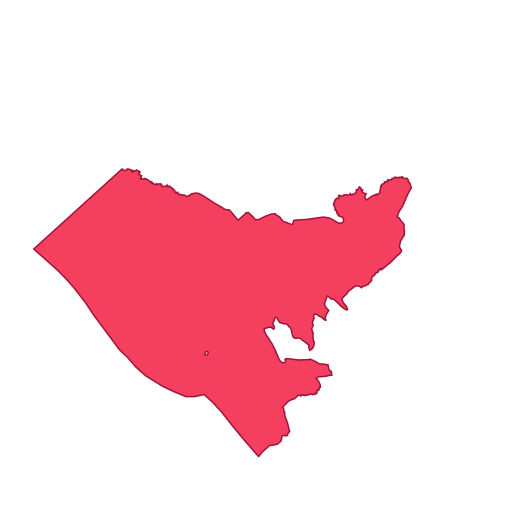 outline of Fizi, Sud-Kivu, Democratic Republic of the Congo, rotated 138°
{"feature_id": "63176286B21708239892428", "entity_name": "Fizi", "entity_type": "district", "adm_level": 2, "iso_a3": "COD", "parent_name": "Democratic Republic of the Congo", "parent_adm1": "Sud-Kivu", "projection": "albers", "projection_center": [28.45, -4.276], "detail": "fine", "context": "isolated", "style": "filled", "palette": "rose", "viewbox_px": 512, "rotation_deg": 138, "n_neighbors": 0, "source": "geoboundaries", "source_scale": "gbopen_adm2", "svg_char_len": 6151}
<svg xmlns="http://www.w3.org/2000/svg" viewBox="0 0 512 512"><g transform="rotate(138 256 256)"><path d="M388.1,105.2L382.5,106.1L372.3,106.1L371.3,105.0L366.3,101.9L361.1,101.7L357.6,104.5L356.2,104.7L355.0,103.6L354.2,102.3L353.4,101.8L352.3,101.9L350.4,103.0L348.5,103.0L344.4,110.7L341.5,118.0L339.0,121.1L338.8,122.6L337.5,124.2L337.3,125.8L335.0,126.0L330.0,126.3L327.5,126.1L322.6,124.1L318.0,124.4L315.9,121.8L315.2,122.5L313.8,121.2L313.8,120.5L312.8,119.3L312.3,119.1L311.8,119.5L311.1,118.4L309.8,117.9L309.4,117.3L308.4,117.3L307.3,116.6L306.8,115.2L305.2,114.4L305.1,113.8L304.7,113.7L303.9,114.1L303.2,113.5L302.8,113.6L302.7,113.3L301.2,114.6L300.9,115.4L300.4,115.3L300.0,114.8L299.2,114.8L299.2,114.4L298.3,114.6L296.8,116.0L296.0,115.3L294.5,117.3L293.7,119.8L293.2,122.1L293.4,124.8L290.8,124.5L289.8,124.0L286.4,121.2L283.6,119.3L281.2,118.1L279.4,116.7L277.3,119.7L278.0,122.5L275.3,126.9L277.9,130.2L281.1,133.5L282.5,138.0L284.7,143.0L286.9,144.3L294.1,150.4L299.8,157.0L302.6,159.8L304.0,159.5L304.4,157.8L306.0,157.5L306.9,158.1L308.2,160.3L308.2,163.1L304.4,174.0L302.9,179.8L301.0,191.6L299.7,195.1L298.6,196.5L293.3,194.0L292.4,192.5L292.0,189.9L290.7,190.0L289.3,192.2L289.1,194.0L287.8,195.2L285.5,195.9L282.7,197.5L281.6,195.6L282.3,194.3L282.9,191.1L282.3,189.5L278.7,184.5L278.5,183.2L279.0,181.8L278.4,180.8L278.8,177.8L279.9,176.6L282.4,171.8L282.5,169.6L281.5,168.3L278.4,165.8L276.3,154.4L277.9,152.8L279.2,150.1L277.3,149.4L275.5,149.6L272.5,150.9L271.6,152.1L270.5,152.7L270.0,154.6L268.4,157.1L264.9,160.8L263.8,164.0L262.6,165.1L260.1,166.0L258.6,168.7L256.6,170.0L254.5,170.8L253.3,172.9L252.0,173.7L251.0,173.1L249.8,171.7L249.5,169.0L248.3,166.9L247.8,162.4L246.9,161.6L246.3,163.4L242.9,165.6L238.4,166.8L238.4,171.3L237.2,174.6L229.8,178.7L229.3,177.4L228.8,173.5L227.4,172.7L226.8,169.0L226.4,161.3L225.4,156.6L224.4,155.0L223.6,155.2L222.6,157.8L222.3,163.5L220.8,166.9L213.5,167.2L212.0,167.6L211.6,168.0L202.5,167.2L200.3,165.7L199.3,164.0L198.8,161.8L196.5,161.9L195.0,160.7L193.4,160.7L191.8,159.8L190.4,160.0L189.4,160.5L188.0,160.2L186.6,160.4L185.0,162.1L183.7,162.8L182.6,162.9L181.1,162.4L178.1,163.2L176.5,162.2L175.7,162.8L175.0,162.7L174.3,163.2L173.8,163.1L173.8,163.3L172.2,162.6L172.0,163.2L171.6,163.3L171.3,162.9L171.7,161.8L160.1,161.2L151.3,161.7L147.7,161.6L145.2,162.0L144.0,162.9L143.5,166.5L140.5,169.1L138.0,170.6L131.7,172.4L128.8,175.4L127.6,177.5L125.0,180.2L124.6,182.2L124.8,183.9L124.2,188.9L125.1,190.6L119.8,193.3L114.0,194.8L101.8,200.4L95.0,202.7L92.8,207.3L93.0,209.4L92.0,210.3L91.8,212.8L94.2,214.6L94.3,216.6L94.5,216.6L94.3,216.9L95.2,217.4L95.8,217.3L95.9,217.8L97.0,218.4L96.7,218.4L96.8,218.7L97.8,218.8L98.5,219.3L98.5,219.9L99.4,220.3L99.4,221.0L99.8,221.4L100.5,221.6L100.8,222.0L101.3,221.7L102.7,221.8L103.0,222.5L103.5,222.2L104.6,222.3L105.5,223.1L106.5,223.1L107.1,224.4L107.8,223.6L108.0,224.0L108.9,223.7L109.1,224.1L110.5,224.1L110.9,225.0L111.3,224.3L112.1,224.1L113.1,224.4L113.4,224.8L113.7,224.6L114.2,224.8L114.5,224.6L115.2,224.9L115.8,224.4L117.0,224.7L116.6,224.4L116.8,223.6L117.2,223.5L117.3,223.7L122.1,220.0L126.1,220.9L125.5,221.4L129.8,222.9L136.6,223.7L136.1,226.1L135.3,227.3L132.5,228.6L133.8,230.6L134.2,232.2L134.1,232.9L132.8,233.5L132.5,233.9L133.6,234.7L132.9,235.8L132.6,236.8L132.8,238.1L134.2,237.9L135.6,237.0L136.9,238.0L137.3,237.9L139.4,235.9L139.8,235.9L140.6,236.6L141.9,236.5L142.9,237.3L143.8,237.3L144.6,237.8L144.1,239.2L146.4,239.2L147.6,240.5L147.8,241.0L148.7,241.8L150.1,242.7L150.9,242.3L151.5,242.5L153.1,244.1L153.4,245.4L153.8,245.7L154.5,245.5L155.2,243.6L155.5,243.3L156.2,243.4L157.0,244.6L157.6,245.0L157.9,244.7L159.6,244.8L160.8,244.4L162.2,242.9L162.7,242.7L162.6,243.1L163.0,243.3L163.1,242.8L163.9,242.5L164.5,241.0L164.6,239.4L165.9,238.1L165.7,237.0L166.4,236.9L166.1,236.2L165.6,236.0L165.8,235.4L166.2,235.4L166.6,234.9L167.2,233.4L167.3,233.1L166.7,233.1L166.6,232.6L167.0,231.6L167.9,231.0L165.7,226.6L167.0,223.8L168.0,223.0L169.0,223.0L170.6,223.4L172.1,224.5L173.2,226.7L174.6,231.4L176.2,235.4L179.9,239.9L193.5,249.0L202.4,256.1L204.2,257.2L207.3,255.3L208.5,255.6L211.5,261.8L212.3,262.3L212.9,264.6L212.4,265.6L212.9,266.7L212.2,268.3L212.5,270.1L213.7,273.6L213.4,274.5L216.4,276.8L222.5,279.3L229.9,281.3L232.2,283.8L232.1,287.8L232.6,293.5L234.6,294.8L236.6,294.5L245.0,294.6L245.3,295.5L244.9,307.9L248.0,311.6L248.9,315.4L251.4,322.6L254.6,334.9L256.3,340.2L257.7,342.2L258.9,343.2L261.2,344.7L261.8,344.6L262.1,345.3L264.5,345.4L264.8,345.8L266.5,345.8L266.7,346.3L267.2,346.3L268.2,347.3L268.1,348.1L268.5,349.4L269.4,350.2L270.5,350.5L270.4,351.4L270.9,351.6L271.1,352.6L271.9,353.4L272.4,353.4L271.5,355.7L272.3,356.3L272.6,356.0L273.5,356.8L272.5,359.5L273.2,360.6L273.0,361.3L272.8,361.2L272.6,361.5L272.7,362.0L273.1,362.3L273.2,364.5L273.7,365.3L273.6,366.0L274.4,366.3L275.0,366.3L275.3,366.8L274.7,368.2L275.3,368.0L276.6,368.4L279.1,370.3L279.1,371.0L279.4,371.4L279.2,371.6L278.7,371.6L278.4,372.1L278.2,372.5L278.5,373.3L279.7,374.4L281.0,375.0L281.6,375.5L281.4,376.2L283.0,376.4L283.1,376.9L283.6,377.2L283.7,378.4L284.4,379.4L283.9,379.9L284.1,380.6L284.5,380.7L284.4,381.4L284.9,381.5L284.5,382.1L285.3,383.3L285.4,385.1L286.4,386.7L286.1,386.8L286.2,387.3L286.8,387.6L286.7,387.9L288.5,388.7L289.2,389.6L290.0,390.1L289.9,390.3L290.2,390.9L288.8,391.2L287.8,392.1L287.4,392.1L287.7,392.8L287.7,394.1L288.0,395.2L288.3,395.3L287.0,396.1L286.6,396.0L286.4,396.6L286.0,396.3L286.0,397.0L286.5,397.7L287.2,399.9L288.6,399.8L289.3,400.9L290.3,401.3L290.8,401.2L290.9,400.8L291.8,401.0L292.0,401.2L291.6,401.4L291.5,402.1L290.7,402.5L291.5,403.9L291.7,404.7L293.5,406.9L294.3,406.3L295.8,406.8L297.0,408.4L297.1,410.0L297.4,410.3L416.5,409.9L413.0,378.4L412.4,365.9L412.6,353.7L414.0,335.1L416.2,320.3L420.2,277.6L419.3,266.2L419.6,254.1L418.1,240.5L412.6,221.7L407.7,209.9L402.1,198.3L395.8,192.6L387.2,187.7L386.1,176.2L386.0,162.4L387.2,145.2L387.9,127.9L388.3,106.2L388.1,105.2ZM356.2,216.1L357.8,215.4L359.2,215.5L359.9,216.6L359.7,217.5L357.7,218.3L356.2,217.9L355.8,217.0L355.9,216.5L356.2,216.1Z" fill="#f43f5e" stroke="#9f1239" stroke-width="1.5"/></g></svg>